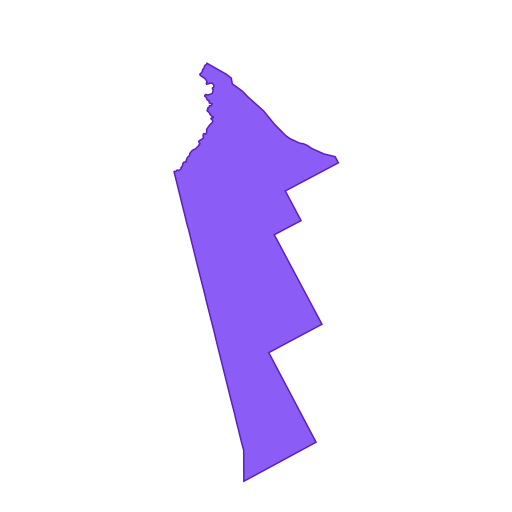 the district of Gogebic, Michigan, United States of America, rotated 62°
{"feature_id": "52423323B42798401183733", "entity_name": "Gogebic", "entity_type": "district", "adm_level": 2, "iso_a3": "USA", "parent_name": "United States of America", "parent_adm1": "Michigan", "projection": "equal_earth", "projection_center": [-90.104, 46.431], "detail": "fine", "context": "isolated", "style": "filled", "palette": "violet", "viewbox_px": 512, "rotation_deg": 62, "n_neighbors": 0, "source": "geoboundaries", "source_scale": "gbopen_adm2", "svg_char_len": 2338}
<svg xmlns="http://www.w3.org/2000/svg" viewBox="0 0 512 512"><g transform="rotate(62 256 256)"><path d="M448.6,290.4L347.3,290.1L347.2,229.8L245.8,229.9L245.9,199.6L212.3,199.6L212.4,139.5L205.6,139.5L204.7,140.3L197.7,148.2L187.2,156.3L182.7,158.6L179.5,161.1L176.7,164.6L168.0,171.1L163.4,173.3L148.5,177.8L131.4,181.2L111.6,188.5L104.1,190.6L92.9,196.1L87.3,194.3L81.7,196.8L62.8,208.8L63.5,209.9L63.8,211.9L65.6,213.7L66.2,215.3L67.2,216.4L67.6,216.4L68.0,217.0L68.9,219.2L69.0,220.0L69.5,220.5L71.1,220.1L74.6,218.2L75.8,217.7L78.1,217.4L79.1,217.8L79.3,217.7L79.7,217.8L80.2,218.8L80.8,219.0L81.2,218.9L81.3,218.6L81.9,215.5L82.7,213.7L84.7,213.0L86.1,213.3L87.3,214.4L87.1,215.1L87.5,215.8L88.0,216.0L89.2,215.7L91.8,218.2L91.9,219.0L91.5,221.9L90.8,223.6L89.9,224.3L90.1,225.8L90.9,226.2L91.0,226.2L91.3,225.9L92.6,225.5L92.9,225.4L93.7,225.8L95.2,225.7L96.2,225.3L96.2,224.9L96.6,224.6L98.6,225.3L99.2,225.3L100.4,224.1L100.5,223.6L100.9,223.3L102.1,224.5L102.3,225.0L101.5,226.5L102.7,227.8L102.7,228.1L102.6,228.5L102.6,229.0L102.7,229.3L103.2,229.4L103.7,229.3L104.1,229.7L104.1,230.1L104.1,230.5L104.7,230.9L105.4,230.9L105.9,230.7L106.3,230.2L108.7,230.0L109.3,230.2L110.0,230.0L111.9,229.4L113.2,228.4L113.5,228.5L113.8,229.1L113.3,230.2L113.3,230.7L113.5,231.3L113.9,231.3L115.7,230.7L116.2,230.7L117.2,231.3L117.7,231.9L117.7,232.5L118.5,235.2L120.6,239.5L121.2,240.2L123.5,241.5L124.7,242.7L124.8,243.0L124.5,243.4L123.9,243.9L123.5,244.7L124.2,245.8L124.6,246.1L127.0,247.0L127.3,248.2L127.7,252.6L128.6,252.9L130.6,252.8L130.6,253.0L130.7,253.6L131.6,254.7L132.9,258.8L133.0,259.6L132.8,261.9L133.1,263.5L134.4,266.3L135.6,267.0L136.1,267.7L136.7,270.1L138.1,272.0L139.2,273.0L139.5,273.0L140.0,273.3L139.3,275.5L139.6,276.6L140.3,277.5L141.5,278.3L142.5,279.5L142.6,279.8L142.5,280.3L142.7,280.7L143.0,280.8L143.4,280.8L143.6,281.0L144.2,282.4L144.2,284.0L144.0,284.4L143.4,284.7L143.1,285.5L143.2,285.9L143.4,286.2L143.6,286.9L143.4,287.8L143.0,288.2L142.9,288.3L143.0,288.7L143.2,288.8L194.9,301.8L197.7,302.5L200.1,302.9L200.6,303.0L239.5,312.8L265.7,319.2L273.6,321.3L302.0,328.2L312.3,330.9L371.6,345.7L387.0,349.4L387.5,349.6L390.9,350.5L391.5,350.6L392.1,350.8L393.9,351.3L401.4,353.1L402.8,353.5L412.7,356.0L421.8,358.1L449.2,372.5L448.6,290.4Z" fill="#8b5cf6" stroke="#5b21b6" stroke-width="1.5"/></g></svg>